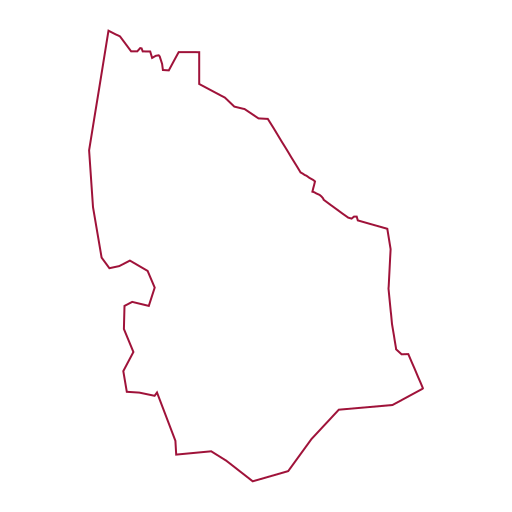 outline of Al Khiwai, North Kordufan, Sudan
{"feature_id": "16777658B22793638103757", "entity_name": "Al Khiwai", "entity_type": "district", "adm_level": 2, "iso_a3": "SDN", "parent_name": "Sudan", "parent_adm1": "North Kordufan", "projection": "equal_earth", "projection_center": [29.102, 13.339], "detail": "fine", "context": "isolated", "style": "outline", "palette": "rose", "viewbox_px": 512, "rotation_deg": 0, "n_neighbors": 0, "source": "geoboundaries", "source_scale": "gbopen_adm2", "svg_char_len": 1804}
<svg xmlns="http://www.w3.org/2000/svg" viewBox="0 0 512 512"><path d="M422.6,388.7L422.9,388.3L422.8,388.0L420.8,383.2L418.3,377.5L418.0,376.8L414.6,368.7L411.4,361.4L408.3,354.1L408.2,354.1L401.6,354.3L399.4,352.3L396.1,349.3L396.0,348.2L394.7,340.4L394.0,335.9L392.7,328.2L392.0,324.0L391.2,315.5L391.0,313.5L390.8,312.0L389.4,297.8L388.5,288.6L388.5,288.4L388.7,286.2L390.0,260.7L390.2,256.8L390.6,249.5L390.6,249.1L387.3,228.8L369.3,223.7L357.8,220.4L356.7,216.6L354.0,216.6L351.6,218.6L348.1,217.6L347.9,217.4L342.5,213.6L339.1,211.1L332.0,205.9L330.7,205.0L324.8,200.6L323.6,199.7L323.2,198.5L321.4,196.4L319.6,194.9L316.7,193.6L316.4,193.5L314.4,192.3L312.4,191.7L313.3,188.0L314.1,185.1L315.0,181.4L313.4,180.1L313.1,179.9L309.3,177.8L307.7,176.6L306.4,175.7L304.7,175.0L303.0,173.8L301.3,172.8L300.6,172.5L298.8,169.5L297.3,167.0L295.5,164.1L291.1,157.0L288.2,152.1L284.9,146.7L284.2,145.6L281.7,141.6L273.7,128.3L267.8,118.9L267.6,118.9L258.5,118.4L255.5,116.4L244.5,109.0L242.9,108.7L234.3,106.6L224.9,97.6L222.6,96.4L222.0,96.1L221.2,95.7L199.2,84.0L199.2,73.9L199.2,64.7L199.2,53.5L199.2,52.9L199.2,52.2L191.2,52.1L178.7,52.1L173.9,60.9L168.8,70.4L162.9,70.0L162.6,67.7L162.1,63.9L159.7,56.4L158.7,55.3L155.8,55.8L152.1,57.9L150.2,51.5L142.7,51.4L141.6,48.4L140.2,48.1L137.3,51.3L135.2,51.3L131.1,51.3L120.0,36.4L118.0,35.4L115.9,34.5L111.4,32.2L108.5,30.7L108.3,31.8L99.2,88.2L94.6,116.3L89.1,150.3L93.0,207.1L101.6,257.6L109.4,268.2L119.2,266.1L129.9,260.6L147.6,270.9L154.7,287.6L148.8,305.9L132.2,301.9L124.5,305.9L123.9,329.0L133.4,352.0L123.3,371.1L126.8,391.8L139.3,392.6L154.6,395.8L157.0,392.5L175.4,440.8L176.2,454.6L211.2,451.3L226.4,460.8L252.7,481.3L288.2,471.1L311.5,439.0L338.8,409.7L392.5,405.0L422.3,388.9L422.6,388.7Z" fill="none" stroke="#9f1239" stroke-width="2"/></svg>